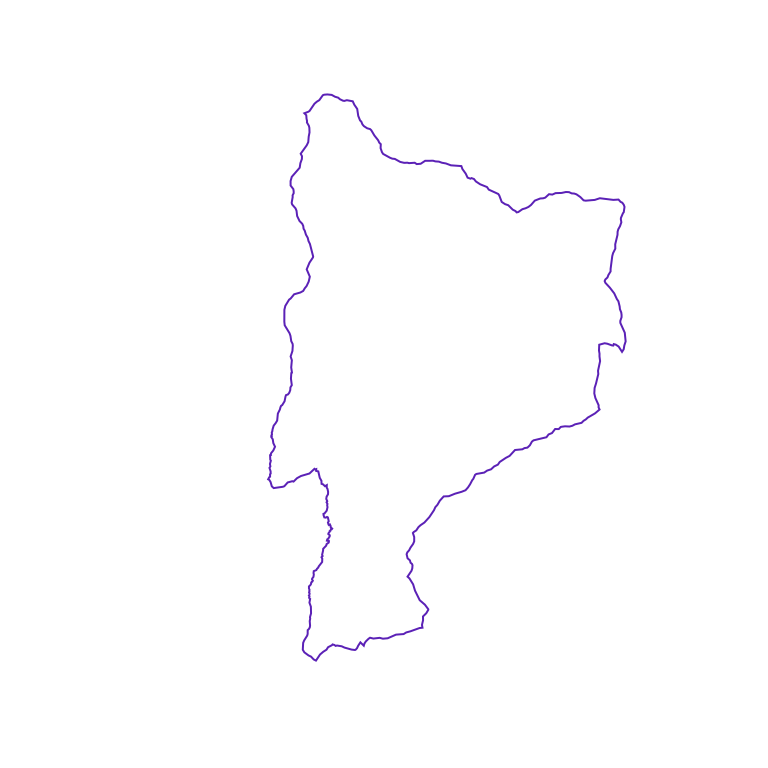 outline of Grinties, Neamt, Romania, rotated 29°
{"feature_id": "2599482B9403430528058", "entity_name": "Grinties", "entity_type": "district", "adm_level": 2, "iso_a3": "ROU", "parent_name": "Romania", "parent_adm1": "Neamt", "projection": "orthographic", "projection_center": [25.842, 47.011], "detail": "fine", "context": "isolated", "style": "outline", "palette": "violet", "viewbox_px": 768, "rotation_deg": 29, "n_neighbors": 0, "source": "geoboundaries", "source_scale": "gbopen_adm2", "svg_char_len": 6165}
<svg xmlns="http://www.w3.org/2000/svg" viewBox="0 0 768 768"><g transform="rotate(29 384 384)"><path d="M535.8,578.5L534.0,576.3L532.7,571.7L530.8,568.4L532.1,564.0L532.2,560.0L531.9,559.5L526.8,557.2L520.1,555.8L511.3,549.7L506.6,545.1L500.5,541.7L498.0,541.1L498.6,534.0L498.1,531.5L496.8,528.7L495.7,527.8L493.8,527.4L492.2,525.7L489.1,525.0L486.3,521.9L486.0,520.0L486.6,517.3L486.5,514.2L487.0,509.8L486.7,507.0L484.6,503.2L481.5,500.3L481.7,499.2L483.2,496.4L483.5,492.5L484.4,489.8L486.5,485.6L488.2,478.4L488.9,470.1L488.6,466.9L489.3,463.8L489.4,459.0L490.7,453.4L495.1,450.7L499.3,445.5L504.1,440.7L506.8,437.4L507.6,433.8L507.9,430.0L507.8,425.3L508.1,423.7L507.7,419.3L508.4,417.9L514.6,412.9L516.2,409.7L519.0,406.7L520.3,402.7L522.7,399.3L523.0,396.1L526.4,389.5L528.7,386.0L530.6,378.2L536.7,374.0L537.9,372.0L540.3,370.1L541.3,366.9L541.3,362.7L542.1,360.8L551.9,351.8L552.4,348.3L554.7,345.5L555.5,340.4L558.7,338.7L559.4,335.9L560.2,335.2L562.9,333.2L566.8,331.3L569.0,329.2L570.6,326.7L575.6,322.2L576.4,319.4L577.7,317.1L578.5,314.6L582.8,307.4L584.9,301.8L583.0,300.4L582.0,298.5L575.7,293.8L572.5,290.3L570.1,285.3L569.2,280.8L566.6,271.4L564.8,268.7L561.9,259.2L559.1,255.4L557.8,253.0L555.8,250.5L553.2,245.3L557.2,241.4L559.8,240.5L564.8,239.7L565.9,239.2L565.6,237.7L567.6,237.2L571.1,237.5L576.6,240.5L576.8,237.4L575.5,233.7L574.7,229.6L569.7,222.4L561.1,216.0L560.1,214.3L559.4,210.4L558.3,208.4L556.8,206.4L554.1,204.2L552.5,201.9L548.9,198.0L546.5,196.8L541.4,193.1L534.7,190.2L528.6,188.2L527.1,187.0L526.9,185.3L527.8,182.5L527.4,179.8L527.6,175.7L526.4,173.5L521.6,161.4L520.9,158.5L520.7,153.5L518.5,149.7L515.9,140.3L514.5,137.6L513.9,135.1L513.9,131.6L513.2,127.5L511.2,125.0L510.7,123.8L510.2,118.8L510.4,117.5L508.5,112.5L506.8,111.0L504.5,109.9L502.6,110.0L499.7,109.0L495.3,111.8L482.7,116.9L479.1,120.8L471.5,125.9L469.5,126.6L465.1,125.3L460.4,124.8L458.1,125.2L455.7,126.3L452.8,126.5L450.0,127.9L446.7,130.8L441.5,133.9L439.4,136.7L436.3,138.0L434.7,142.8L433.2,144.4L430.7,146.0L427.0,150.5L425.8,156.1L424.5,159.1L422.6,161.7L420.3,164.0L418.1,168.5L416.8,169.6L415.2,169.0L412.1,169.1L406.0,167.4L402.7,168.0L398.7,167.7L393.4,163.2L391.8,162.4L381.4,163.2L378.6,161.8L371.3,162.7L366.2,162.3L363.3,161.1L360.7,161.5L360.1,162.5L357.1,163.0L353.5,160.4L348.4,158.0L346.0,155.9L336.5,160.3L331.2,161.1L327.4,162.4L324.2,162.9L321.0,164.4L318.8,164.9L311.8,168.8L309.3,173.6L306.0,175.8L303.6,175.6L298.8,178.7L297.2,179.1L294.4,180.8L290.5,181.9L284.3,181.9L282.0,182.9L279.5,183.2L271.7,183.2L269.8,182.2L266.7,179.4L264.9,175.8L262.8,175.2L260.8,173.7L255.1,171.3L249.8,168.2L248.2,167.8L245.3,168.5L241.4,168.2L239.3,167.4L236.9,165.5L235.3,165.1L231.5,162.0L227.2,156.4L222.6,154.1L219.6,151.9L213.9,153.8L212.1,155.6L210.8,156.1L207.4,156.3L205.1,155.8L201.9,156.5L198.1,156.5L194.1,158.2L191.4,160.0L190.5,161.1L189.8,167.1L188.4,169.6L187.3,172.6L186.5,181.3L185.8,182.6L183.1,185.8L185.7,186.6L187.6,189.5L189.2,191.3L189.8,192.6L193.1,194.6L194.5,196.1L196.9,200.1L198.2,204.1L200.5,209.2L200.7,212.7L199.5,223.0L201.8,224.5L203.1,227.0L203.8,231.4L205.4,235.7L202.9,247.5L203.9,251.8L206.1,255.7L210.2,257.5L211.4,259.0L212.5,260.9L212.6,263.3L213.5,264.8L215.4,270.3L216.6,271.5L221.5,273.3L223.5,274.9L226.6,279.2L231.1,282.4L234.8,283.5L236.7,284.9L238.4,287.2L240.3,288.3L243.3,291.2L246.4,293.1L248.7,295.6L251.3,297.4L260.2,306.8L260.5,307.8L260.0,314.0L260.8,321.2L267.1,326.1L268.5,331.0L268.8,335.9L268.3,338.7L268.2,341.8L266.5,344.5L261.9,349.1L260.9,354.5L260.1,356.2L259.8,363.5L260.9,367.4L266.6,377.8L268.7,380.8L276.8,385.4L278.9,387.3L282.1,391.5L284.6,393.2L285.6,394.6L287.9,399.5L289.0,405.2L291.9,407.9L294.8,414.5L298.0,418.7L297.6,419.3L300.0,424.4L303.9,429.7L303.8,432.3L305.0,434.9L305.4,437.7L305.0,439.8L303.7,441.2L303.9,442.6L305.4,447.3L305.2,451.8L304.6,452.9L304.7,454.5L305.3,456.8L305.5,461.3L308.3,467.8L308.2,470.8L307.7,473.9L308.5,477.6L309.3,479.8L309.3,480.7L310.5,482.5L310.4,483.4L311.1,483.9L310.8,484.4L311.1,485.0L313.5,486.3L315.9,489.4L319.1,491.7L319.4,495.9L318.8,499.2L319.1,500.5L319.5,500.9L318.9,501.5L321.2,505.3L322.2,505.9L323.0,509.2L324.6,511.2L324.5,512.9L327.1,515.3L328.3,517.3L328.1,518.2L329.3,520.3L328.8,521.3L328.9,523.5L330.0,523.4L332.3,524.7L335.5,527.9L338.0,528.5L345.4,522.9L346.4,521.7L347.5,516.8L350.9,513.5L352.2,513.2L353.6,508.5L356.0,504.7L362.2,498.4L364.3,491.9L365.3,492.1L366.0,491.3L366.8,492.9L368.9,492.3L373.3,497.2L376.2,499.0L377.8,501.6L379.3,501.3L381.9,502.0L383.0,500.2L384.1,502.4L385.4,503.1L387.4,505.4L388.5,507.6L388.4,510.3L389.2,512.5L391.2,514.0L391.1,515.3L392.7,516.3L393.0,517.5L394.3,519.1L395.3,522.6L394.7,526.1L394.0,526.9L394.7,528.0L396.5,529.6L397.9,529.1L398.6,527.9L399.6,527.9L402.2,530.8L402.1,532.3L403.7,533.9L404.3,534.1L404.8,533.1L406.2,534.1L406.9,535.2L408.8,535.6L408.7,536.4L408.0,536.9L408.3,538.4L407.8,538.9L408.1,539.6L407.8,541.5L408.0,542.2L409.9,542.6L410.4,543.8L410.2,545.3L410.4,546.2L409.7,547.3L410.0,548.7L412.0,548.1L412.5,549.5L411.4,551.9L411.8,553.4L410.7,557.6L411.5,559.3L412.7,563.5L413.7,564.2L413.3,565.8L414.7,566.7L416.2,569.7L415.3,575.3L415.5,576.4L415.0,578.0L415.0,579.6L413.3,581.7L414.0,583.5L414.9,584.5L415.8,586.9L415.5,589.0L415.8,589.8L417.1,590.5L417.1,591.7L416.7,592.1L416.6,593.0L417.1,594.1L417.1,595.6L416.5,597.4L417.5,599.2L418.7,600.2L419.0,601.4L419.5,601.8L419.6,602.8L420.5,603.3L421.1,605.0L420.9,605.4L422.0,606.2L422.0,607.0L422.7,607.7L423.6,607.8L424.8,611.4L428.0,614.2L431.4,620.0L432.3,623.8L433.2,625.0L434.0,627.4L436.5,631.2L437.1,632.9L437.1,634.6L436.6,636.3L438.4,639.6L438.8,641.3L438.5,647.0L438.8,649.6L441.8,655.8L444.4,657.3L449.6,658.0L452.3,657.8L456.1,659.0L458.6,658.9L459.2,651.6L460.7,647.6L462.5,644.3L462.7,641.3L465.1,637.7L465.3,636.7L467.2,636.3L468.7,636.5L469.7,635.5L474.2,633.9L477.2,633.7L484.4,632.0L487.6,630.7L488.1,629.9L488.5,628.1L488.3,625.5L488.6,621.4L493.2,622.7L492.7,620.5L492.9,618.0L494.0,614.3L494.8,612.7L498.1,611.8L503.3,608.1L506.5,607.3L510.5,604.6L516.0,597.4L522.4,593.2L523.9,590.5L527.0,587.5L533.4,580.2L535.8,578.5Z" fill="none" stroke="#5b21b6" stroke-width="2"/></g></svg>